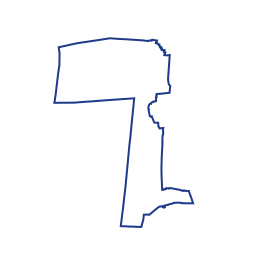 the district of Bloemendaal, Noord-Holland, Netherlands, rotated 342°
{"feature_id": "6326949B9558089239087", "entity_name": "Bloemendaal", "entity_type": "district", "adm_level": 2, "iso_a3": "NLD", "parent_name": "Netherlands", "parent_adm1": "Noord-Holland", "projection": "natural_earth1", "projection_center": [4.603, 52.374], "detail": "fine", "context": "isolated", "style": "outline", "palette": "blue", "viewbox_px": 256, "rotation_deg": 342, "n_neighbors": 0, "source": "geoboundaries", "source_scale": "gbopen_adm2", "svg_char_len": 4962}
<svg xmlns="http://www.w3.org/2000/svg" viewBox="0 0 256 256"><g transform="rotate(342 128 128)"><path d="M110.1,226.2L111.6,223.9L113.1,221.6L113.5,221.0L113.8,220.8L114.3,219.7L114.4,219.3L115.0,218.2L115.5,217.1L116.3,215.3L121.1,216.8L121.4,217.1L124.7,215.8L128.6,214.2L133.2,212.5L136.2,212.8L136.7,213.2L136.3,213.6L136.6,214.1L137.1,214.6L137.6,214.6L138.0,214.9L138.3,214.9L138.7,214.7L138.8,214.6L138.7,214.5L138.4,213.8L138.5,213.7L138.4,213.2L139.8,213.1L141.9,213.3L142.6,213.4L143.4,213.3L143.9,213.3L144.5,213.4L147.1,213.6L147.5,213.5L148.1,213.4L148.4,213.4L148.8,213.4L148.9,213.5L149.0,213.6L149.6,213.7L151.2,214.0L151.7,214.2L152.3,214.4L154.2,215.1L154.5,215.2L155.0,215.5L155.3,215.7L156.0,215.9L156.2,216.0L156.4,216.2L156.4,216.3L156.5,216.3L157.1,216.5L157.3,216.6L157.9,216.8L158.9,217.1L159.2,217.2L159.5,217.4L159.6,217.5L160.4,217.7L163.1,218.6L166.7,219.8L166.7,219.4L166.6,218.0L166.6,214.7L166.6,213.7L166.6,213.3L166.6,213.0L166.5,212.6L166.5,211.1L166.4,209.0L166.4,207.6L166.4,206.7L166.1,206.6L164.9,206.1L164.7,206.1L164.2,205.9L163.8,205.7L163.6,205.7L163.2,205.6L162.8,205.3L162.4,204.9L162.0,204.6L161.5,205.1L160.8,204.6L160.7,204.6L160.2,204.3L159.8,204.0L159.7,204.0L159.7,203.9L158.5,203.1L158.2,202.8L157.8,202.7L157.4,202.5L157.0,202.1L156.6,202.0L156.0,201.7L155.9,201.6L149.7,198.2L148.8,197.9L148.6,198.3L147.8,198.0L146.5,197.4L145.7,197.0L145.3,197.5L145.2,197.6L145.1,197.8L143.2,197.2L143.1,197.3L143.0,197.7L142.4,197.5L142.1,197.6L141.4,197.4L141.5,197.1L142.1,194.8L145.3,183.3L147.3,176.8L148.7,172.8L151.5,165.0L155.5,154.6L155.7,154.1L155.8,154.0L155.9,153.5L156.0,153.5L156.1,153.0L156.3,152.4L156.2,152.4L156.2,152.2L156.3,152.0L156.5,151.5L156.7,151.1L157.0,150.1L157.1,149.7L157.4,148.7L157.5,148.4L157.6,148.2L157.8,147.8L158.2,147.0L158.4,146.5L158.4,146.3L158.5,146.1L158.5,145.9L158.6,145.7L158.8,145.5L159.1,145.3L159.7,144.6L159.7,144.4L159.7,144.2L159.7,143.9L159.7,143.7L160.1,143.0L160.2,142.8L160.4,142.4L160.5,142.2L160.5,141.9L160.4,141.6L160.4,141.4L160.5,141.1L160.9,140.2L161.2,139.6L161.4,139.3L161.6,138.9L158.0,138.2L157.8,138.1L158.0,137.7L158.0,137.4L158.0,137.2L157.9,137.0L157.9,136.9L157.7,136.7L157.5,136.4L157.4,136.3L157.4,136.2L157.6,135.2L157.8,134.2L158.0,133.7L158.1,133.0L158.2,132.9L158.3,132.4L154.7,131.0L154.6,130.0L154.5,128.5L154.4,128.1L154.4,127.3L154.4,126.7L154.4,126.4L154.0,125.3L153.9,125.0L154.0,124.7L154.2,124.2L152.7,123.9L152.4,123.6L152.4,123.4L152.4,123.2L152.7,121.1L153.0,118.1L153.3,118.2L153.2,118.1L153.2,117.7L153.3,117.0L153.6,116.9L153.6,116.7L153.6,116.3L153.5,115.2L153.8,114.5L153.9,114.3L155.0,112.8L155.3,112.4L155.5,112.3L156.4,111.8L156.6,111.8L157.3,112.0L157.3,111.9L157.4,111.5L157.5,111.4L157.8,111.3L158.2,111.1L158.6,111.1L159.1,111.1L160.2,111.0L160.2,110.9L160.3,110.9L160.4,110.7L162.7,111.1L162.9,111.1L163.0,111.1L163.4,110.0L163.7,108.6L163.8,108.2L163.8,107.8L163.9,107.7L164.2,107.6L164.4,107.7L164.5,107.6L164.8,107.3L164.8,107.1L165.2,106.2L165.3,105.5L165.1,105.5L165.7,104.5L168.6,105.2L168.6,105.3L172.0,106.0L174.0,106.4L175.2,106.7L177.1,107.1L178.4,107.3L178.7,106.7L178.8,106.3L179.1,105.8L179.2,105.6L179.3,105.3L179.5,104.9L179.6,104.7L179.7,104.3L180.0,103.5L180.4,102.7L180.5,102.5L180.5,102.4L180.8,101.9L181.1,101.4L181.2,101.2L180.9,100.7L180.8,100.4L180.5,99.3L180.4,99.1L180.4,98.4L180.5,97.6L180.8,95.9L180.9,94.9L181.1,94.8L181.2,94.1L181.3,93.6L181.5,93.0L181.7,92.5L183.5,88.3L183.9,87.1L184.1,86.8L184.5,85.7L185.8,82.5L187.3,78.7L187.6,78.1L187.9,77.3L189.5,73.3L189.7,72.8L190.2,71.5L189.6,71.4L187.8,71.0L187.6,71.0L187.1,70.8L185.5,70.1L185.9,69.4L185.9,69.2L185.7,69.2L185.8,69.1L185.7,69.0L186.5,67.8L186.9,67.5L186.7,67.3L186.6,67.2L186.4,67.2L185.8,66.9L186.1,66.4L186.4,65.8L186.5,65.8L186.8,65.2L186.3,65.1L185.9,65.0L185.2,64.9L184.8,64.7L184.1,64.2L184.1,63.9L184.0,63.7L184.2,63.4L184.3,63.1L184.2,62.9L184.4,63.0L184.6,63.0L184.8,63.0L184.5,62.0L184.4,61.9L184.6,61.9L184.8,61.8L184.8,61.6L184.3,61.4L184.1,61.1L184.0,60.8L183.8,60.9L183.6,60.4L183.8,60.3L183.4,59.1L183.1,59.0L182.9,58.8L183.1,58.5L183.5,58.1L183.0,57.8L182.8,57.6L181.8,56.5L181.7,56.5L181.7,56.4L181.4,56.3L180.7,55.8L181.5,54.8L181.8,54.4L181.9,53.9L182.0,53.9L182.1,54.0L182.1,53.9L182.4,53.7L178.2,51.5L177.5,52.3L176.8,51.8L176.5,51.8L175.7,51.4L175.2,51.2L174.7,51.3L174.3,51.7L173.3,51.2L170.7,50.0L169.9,49.6L169.3,49.3L152.3,42.5L147.9,40.9L138.6,37.1L127.5,35.3L106.2,31.7L87.0,29.8L86.0,35.9L83.9,41.9L82.2,47.0L78.6,54.2L75.4,61.1L72.3,67.8L69.4,74.1L67.7,77.5L65.8,81.3L84.4,87.2L85.6,87.5L87.6,88.0L88.0,88.0L89.7,88.5L93.2,89.3L98.8,90.7L101.3,91.4L104.1,92.0L111.3,93.8L113.6,94.3L143.1,101.7L133.8,122.7L128.7,134.4L126.8,138.9L125.4,141.7L122.9,147.3L117.8,159.2L117.2,160.6L112.3,171.9L112.1,172.3L108.2,181.4L98.3,203.1L98.0,203.7L90.8,219.1L92.1,219.6L94.8,220.6L95.7,220.9L98.7,222.2L98.8,222.1L103.0,223.6L103.6,223.9L110.1,226.2Z" fill="none" stroke="#1e3a8a" stroke-width="2"/></g></svg>